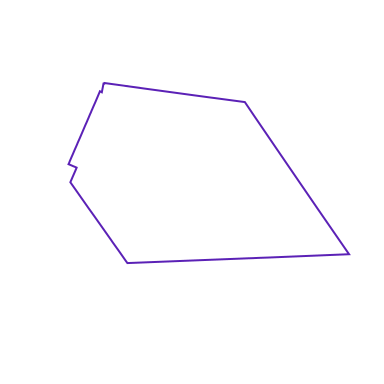 the district of General López, Santa Fe, Argentina, rotated 236°
{"feature_id": "61730980B94012431772813", "entity_name": "General López", "entity_type": "district", "adm_level": 2, "iso_a3": "ARG", "parent_name": "Argentina", "parent_adm1": "Santa Fe", "projection": "albers", "projection_center": [-61.54, -33.891], "detail": "fine", "context": "isolated", "style": "outline", "palette": "violet", "viewbox_px": 384, "rotation_deg": 236, "n_neighbors": 0, "source": "geoboundaries", "source_scale": "gbopen_adm2", "svg_char_len": 1430}
<svg xmlns="http://www.w3.org/2000/svg" viewBox="0 0 384 384"><g transform="rotate(236 192 192)"><path d="M221.4,286.1L237.0,286.1L247.9,273.8L256.7,263.9L259.5,260.7L270.8,248.0L298.3,217.2L303.2,211.7L331.1,180.6L331.3,180.4L331.1,180.1L330.9,179.9L331.2,179.6L331.4,179.3L328.7,176.6L327.7,175.6L325.8,173.7L325.4,173.3L325.3,173.2L325.1,173.0L326.8,172.1L327.0,172.0L326.0,170.5L325.3,169.4L323.4,166.5L319.9,161.1L319.8,160.9L319.6,160.6L316.9,156.3L316.6,155.9L316.3,155.4L315.7,154.4L314.4,152.5L313.4,150.8L312.7,149.8L312.6,149.6L311.4,147.8L310.5,146.4L310.4,146.2L309.6,145.0L309.5,144.9L308.9,143.9L308.5,143.3L307.4,141.5L306.7,140.4L305.6,138.7L305.4,138.4L304.5,137.0L304.3,136.7L300.3,130.5L300.1,130.1L299.9,129.9L296.6,124.6L295.9,123.6L295.5,123.0L295.4,122.8L294.5,121.4L292.5,118.2L289.9,114.2L288.9,112.6L286.6,109.0L286.5,108.9L285.9,107.9L285.4,107.2L285.0,106.7L284.1,105.2L281.2,107.1L279.9,107.9L278.6,108.8L276.7,110.0L276.6,109.9L275.8,108.5L275.7,108.5L271.2,101.4L269.2,98.3L269.1,98.1L268.3,96.9L268.1,96.6L267.8,96.6L262.9,96.7L236.8,97.2L236.5,97.2L225.8,97.5L225.7,97.5L197.2,98.1L194.6,98.1L184.1,98.4L178.6,98.5L171.7,98.6L169.4,98.7L169.2,98.7L147.8,133.3L128.7,164.2L113.1,189.4L109.7,194.9L105.2,202.2L103.9,204.2L99.5,211.4L95.0,218.6L52.6,287.4L107.7,286.8L149.6,286.5L149.8,286.5L181.9,286.3L220.6,286.1L221.2,286.1L221.4,286.1Z" fill="none" stroke="#5b21b6" stroke-width="2"/></g></svg>